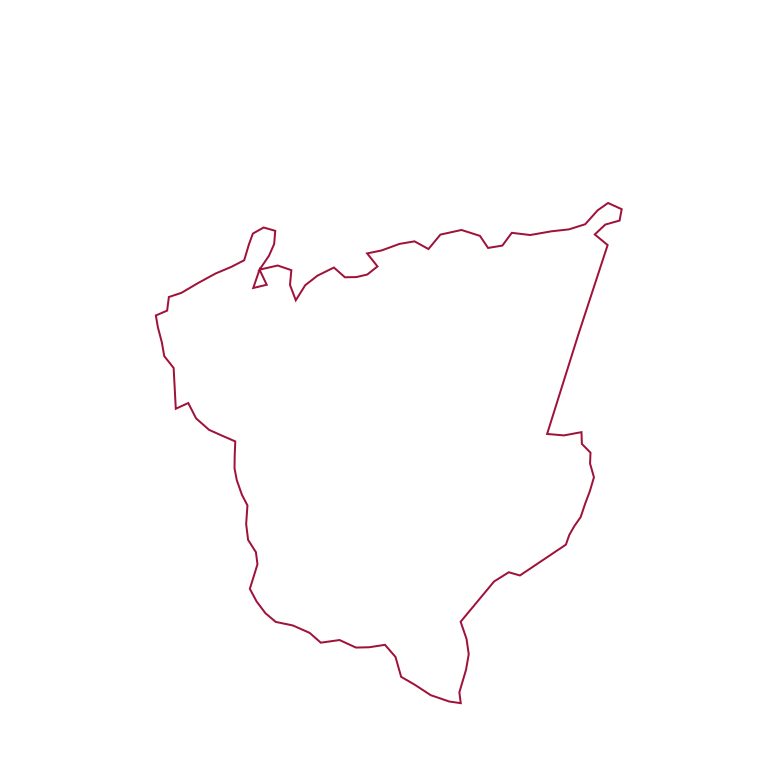 Coronel Martins, Santa Catarina, Brazil (Albers equal-area conic projection), rotated 116°
{"feature_id": "56859067B64546253501816", "entity_name": "Coronel Martins", "entity_type": "district", "adm_level": 2, "iso_a3": "BRA", "parent_name": "Brazil", "parent_adm1": "Santa Catarina", "projection": "albers", "projection_center": [-52.675, -26.542], "detail": "fine", "context": "isolated", "style": "outline", "palette": "rose", "viewbox_px": 768, "rotation_deg": 116, "n_neighbors": 0, "source": "geoboundaries", "source_scale": "gbopen_adm2", "svg_char_len": 1511}
<svg xmlns="http://www.w3.org/2000/svg" viewBox="0 0 768 768"><g transform="rotate(116 384 384)"><path d="M637.2,175.1L628.1,181.1L604.9,185.0L589.7,189.4L576.9,198.1L564.1,210.9L513.2,198.5L498.5,189.3L496.5,177.9L448.6,150.1L438.4,151.3L428.0,150.6L417.4,148.9L402.9,150.8L390.1,152.0L375.8,154.4L365.2,163.9L355.2,168.3L351.1,179.9L340.7,185.4L351.3,199.7L357.4,215.5L254.4,231.0L161.1,243.9L157.2,260.1L143.7,255.0L133.8,243.9L122.7,247.0L123.1,262.0L134.2,268.1L152.2,273.2L163.9,285.5L173.4,300.5L186.0,317.9L192.1,335.4L207.7,338.3L216.1,350.1L208.8,362.7L211.6,381.9L225.0,398.8L243.2,403.2L242.4,419.1L251.3,431.5L265.1,444.8L274.0,456.4L281.2,441.4L292.9,447.0L300.0,455.7L305.2,465.9L301.3,480.1L315.8,491.3L329.7,498.1L347.4,500.0L336.2,511.9L322.3,517.2L324.1,531.5L335.8,546.0L319.1,543.6L306.3,544.1L294.0,548.9L296.1,560.8L306.3,567.8L317.8,566.6L334.0,563.9L345.7,572.6L358.5,583.8L374.5,595.2L390.8,606.0L400.1,615.5L413.1,611.1L422.4,619.1L431.9,612.3L444.0,601.9L455.3,593.7L461.8,580.1L497.5,560.3L486.9,551.6L497.3,537.8L501.9,521.1L501.4,506.1L500.8,492.5L513.6,486.9L525.3,481.4L534.8,474.3L545.8,463.2L553.0,453.5L570.3,446.5L583.7,437.8L591.3,425.4L601.5,418.7L614.3,416.7L626.9,414.8L635.3,403.2L642.0,390.1L645.3,377.0L641.0,360.1L640.3,341.7L644.2,327.4L633.6,311.7L633.2,293.7L627.1,281.9L618.0,268.8L624.3,254.0L639.7,240.2L640.8,224.7L643.2,205.6L640.8,186.2L637.2,175.1ZM335.8,546.0L346.2,532.9L355.0,543.6L335.8,546.0Z" fill="none" stroke="#9f1239" stroke-width="2"/></g></svg>